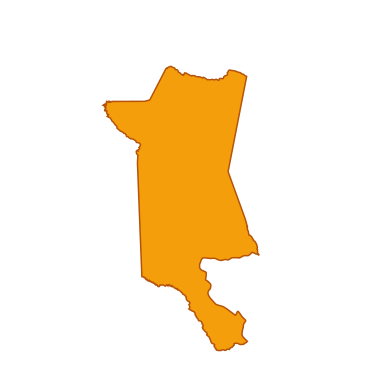 Segovia, Antioquia, Colombia, rotated 118°
{"feature_id": "7082276B19668764793541", "entity_name": "Segovia", "entity_type": "district", "adm_level": 2, "iso_a3": "COL", "parent_name": "Colombia", "parent_adm1": "Antioquia", "projection": "equal_earth", "projection_center": [-74.607, 7.274], "detail": "fine", "context": "isolated", "style": "filled", "palette": "amber", "viewbox_px": 384, "rotation_deg": 118, "n_neighbors": 0, "source": "geoboundaries", "source_scale": "gbopen_adm2", "svg_char_len": 5977}
<svg xmlns="http://www.w3.org/2000/svg" viewBox="0 0 384 384"><g transform="rotate(118 192 192)"><path d="M304.1,77.9L302.2,74.8L301.2,74.9L300.0,73.7L299.0,73.2L297.8,73.0L297.6,73.9L296.2,78.6L294.9,80.6L294.1,81.1L291.4,82.2L288.7,83.0L287.4,83.2L285.0,84.3L283.3,84.4L281.1,84.0L280.1,84.4L279.7,85.5L279.2,87.5L278.2,90.2L277.6,91.1L276.1,94.2L275.9,94.9L275.9,95.5L276.2,95.8L279.9,95.6L280.4,95.8L280.4,96.4L278.8,106.9L278.6,110.2L278.8,111.9L279.7,116.1L279.9,118.3L279.5,119.6L277.2,125.9L275.7,128.6L274.3,130.1L273.3,130.7L272.5,130.9L269.9,130.9L268.9,130.4L266.1,131.2L264.8,132.1L264.3,133.2L263.6,135.3L263.1,138.8L261.6,139.5L260.0,139.9L256.7,141.4L256.3,142.0L256.2,142.8L256.5,147.0L255.9,148.8L255.5,149.5L253.8,150.6L251.9,151.4L250.0,151.5L248.4,151.9L246.4,151.9L245.1,151.4L244.2,150.0L241.8,144.0L240.8,142.6L240.1,141.3L239.7,139.6L239.5,136.8L239.2,135.1L238.4,133.6L236.5,131.6L235.8,130.7L235.4,129.2L234.8,128.0L233.7,127.2L232.0,126.4L230.9,125.3L229.4,122.3L228.9,121.6L228.5,120.3L227.9,119.7L227.9,119.0L224.6,116.9L223.6,115.9L221.9,112.6L220.2,111.6L218.8,111.1L217.2,110.9L216.7,108.6L216.7,106.3L216.3,105.3L216.3,102.9L215.5,104.5L215.4,105.2L215.2,105.4L213.9,106.0L213.3,106.6L212.1,107.0L211.8,107.9L210.6,108.1L209.9,108.5L209.1,109.4L208.1,110.0L207.8,110.7L206.8,111.9L206.1,113.3L205.9,115.0L205.1,115.5L204.7,116.9L203.5,118.3L203.4,119.5L203.0,120.0L203.3,121.5L200.4,123.8L199.7,124.7L199.1,125.2L198.8,125.8L197.1,126.5L196.9,127.2L196.7,127.4L196.3,127.1L190.6,132.6L157.1,169.7L64.3,198.0L64.4,200.3L63.9,201.8L64.3,203.6L63.9,205.3L64.1,206.2L64.5,207.0L64.8,210.2L65.7,213.2L66.4,214.9L66.5,215.8L66.8,216.3L67.5,216.6L68.1,216.7L68.7,216.5L69.9,216.9L70.7,216.3L71.8,215.9L72.2,215.9L73.4,216.7L74.3,217.7L75.3,218.0L77.1,217.7L77.6,218.2L78.2,219.9L78.8,220.8L79.4,221.0L80.7,220.7L81.0,220.9L81.1,223.6L82.3,224.7L82.7,225.4L83.0,226.9L84.3,228.6L85.7,231.3L85.3,233.9L85.3,235.6L85.6,236.0L86.4,236.1L86.5,238.1L86.8,239.4L87.2,240.4L87.8,241.3L88.2,242.4L88.0,244.5L88.7,245.4L89.0,246.5L89.7,246.9L89.7,247.5L89.9,248.4L89.9,252.2L89.7,253.2L90.2,253.8L90.4,254.4L91.4,254.1L92.0,254.7L92.4,254.7L92.9,254.3L93.2,254.9L93.0,255.8L93.0,257.0L92.5,258.3L92.5,260.3L91.6,261.1L91.1,262.2L91.2,262.8L91.7,264.1L91.1,264.8L90.7,265.6L91.0,267.7L90.9,269.4L91.3,270.1L93.4,271.8L94.2,271.8L94.1,272.3L94.3,272.5L95.1,272.7L95.3,272.9L130.6,272.5L134.3,276.6L149.3,304.6L149.5,304.6L150.1,305.7L150.9,306.0L150.9,306.5L150.6,307.2L150.7,307.7L151.3,307.3L151.3,307.6L151.5,307.8L151.7,307.7L151.7,308.0L152.0,308.4L151.8,309.1L152.2,309.4L152.2,309.8L153.1,309.3L153.6,309.6L153.9,309.6L154.4,309.3L154.4,308.9L154.9,308.9L155.3,309.3L155.2,309.8L155.4,310.3L155.4,310.9L155.6,310.5L155.5,310.1L155.7,309.6L155.9,309.5L155.8,308.8L156.1,308.9L156.4,309.3L156.5,310.3L156.8,310.2L156.7,310.9L157.0,310.8L157.2,311.0L157.2,310.8L157.0,310.3L157.2,310.2L157.4,309.4L157.1,308.8L157.5,308.9L157.6,307.9L158.0,307.9L158.5,308.2L158.6,307.7L158.9,307.3L159.7,307.1L160.5,307.3L160.5,307.6L160.8,307.5L160.8,307.1L161.2,306.9L160.9,306.2L160.8,305.6L160.7,305.6L160.8,305.4L160.6,305.4L160.5,305.2L160.8,305.2L162.2,304.6L162.5,304.2L162.7,303.8L162.8,302.0L163.3,302.0L163.8,302.6L164.4,301.6L165.1,302.1L165.0,299.3L165.4,298.2L166.2,296.8L166.8,296.3L167.4,293.8L168.1,292.8L169.0,290.4L169.1,289.6L169.6,288.9L170.8,288.3L171.1,287.2L171.6,284.5L171.9,284.0L171.7,283.1L171.7,280.7L172.2,279.6L171.9,278.8L172.2,277.6L172.4,277.1L173.6,276.0L173.7,275.6L173.3,274.7L173.3,274.0L173.8,272.6L173.6,271.6L173.8,270.8L173.2,270.0L172.9,268.3L173.2,267.4L173.1,265.9L173.8,265.1L174.3,264.3L174.0,263.9L173.9,262.9L173.6,262.2L173.6,261.0L174.0,260.3L174.5,259.9L174.6,259.5L176.3,259.5L176.6,259.3L177.6,259.8L178.0,258.9L178.9,258.7L179.7,259.0L180.7,259.8L181.2,259.0L181.7,260.2L182.3,260.3L184.1,259.0L185.1,256.8L185.3,256.7L185.9,256.6L191.8,253.9L290.3,196.5L290.0,196.1L289.9,195.7L289.7,194.5L290.0,194.5L290.1,194.3L289.8,192.6L290.0,192.3L290.4,192.3L290.4,191.9L290.8,191.6L290.8,191.2L290.4,190.8L290.9,190.6L290.7,189.8L291.0,189.5L291.1,189.1L290.9,188.5L290.4,188.4L290.6,188.1L290.3,188.1L290.6,187.6L290.3,187.5L290.2,186.8L290.6,186.2L290.4,185.9L290.7,185.4L290.0,184.3L290.3,183.7L290.7,183.5L290.2,182.5L290.8,181.7L290.3,180.9L290.5,180.6L291.0,180.7L291.1,180.3L291.1,179.9L290.5,179.2L290.9,178.4L291.3,178.0L291.4,177.5L290.8,176.5L289.9,176.4L289.1,176.6L288.6,175.4L287.6,173.8L287.6,172.3L287.7,171.5L287.1,171.3L286.9,170.9L285.9,170.8L285.8,170.5L286.2,169.3L285.3,169.6L284.8,169.0L285.2,168.9L284.8,167.7L285.3,167.6L285.3,167.3L285.0,166.2L284.3,166.2L284.0,165.8L284.2,165.4L285.0,165.3L284.4,163.3L285.0,162.6L284.6,161.0L285.0,160.5L284.6,160.3L284.2,159.6L284.4,159.2L284.5,159.5L284.8,159.5L285.0,159.1L285.2,158.2L284.8,157.3L285.0,155.5L285.6,154.2L285.9,152.9L286.6,152.0L286.4,150.5L286.5,149.4L287.1,148.9L287.3,148.0L287.9,147.8L289.5,146.4L290.1,145.1L290.2,144.5L290.4,143.9L290.2,142.7L291.1,141.7L291.8,141.6L292.8,141.9L293.7,140.9L294.3,140.1L295.3,139.6L296.7,139.9L297.0,138.3L296.8,137.6L297.0,136.3L296.8,134.8L296.8,134.0L297.9,131.9L299.0,131.6L299.4,130.4L300.5,129.4L301.3,127.1L302.3,126.1L302.4,125.7L302.0,124.0L302.0,123.0L302.1,122.6L303.7,121.2L303.8,120.3L304.6,119.8L304.8,119.4L305.9,119.0L306.3,119.4L306.9,119.1L307.8,118.0L308.0,117.6L308.2,116.6L308.8,115.5L309.2,113.9L309.3,113.0L309.8,112.1L310.3,111.9L310.9,112.2L311.2,112.0L311.6,111.0L311.9,108.7L313.0,107.8L313.4,106.7L313.9,106.5L315.9,104.2L316.3,103.2L316.1,102.4L316.0,101.1L316.2,100.4L316.5,100.1L317.5,100.3L317.9,100.0L318.4,98.8L318.9,98.2L319.2,97.2L319.4,97.2L320.1,96.2L319.5,94.0L318.8,93.0L318.5,92.1L316.9,90.9L316.6,90.3L316.4,88.5L315.4,87.5L314.9,87.5L314.3,87.1L313.7,86.1L313.6,85.4L313.4,85.0L311.8,85.1L310.3,83.7L309.4,83.8L308.6,83.2L308.0,83.2L307.5,82.9L307.2,82.9L306.5,83.7L305.5,83.2L304.2,80.7L304.1,77.9Z" fill="#f59e0b" stroke="#b45309" stroke-width="1.5"/></g></svg>